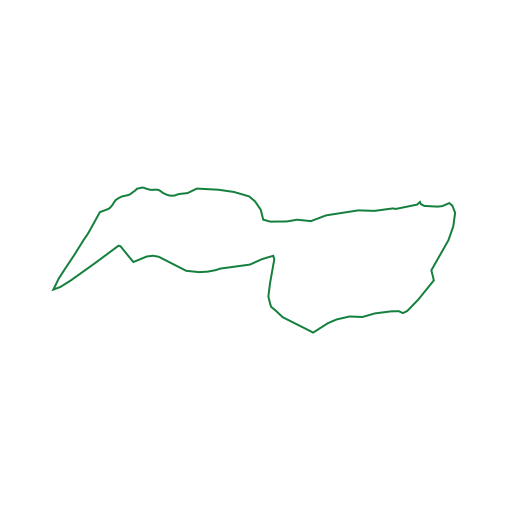 San Cristóbal Totonicapán, Totonicapán, Guatemala, rotated 340°
{"feature_id": "79465075B68551302151771", "entity_name": "San Cristóbal Totonicapán", "entity_type": "district", "adm_level": 2, "iso_a3": "GTM", "parent_name": "Guatemala", "parent_adm1": "Totonicapán", "projection": "orthographic", "projection_center": [-91.486, 14.927], "detail": "fine", "context": "isolated", "style": "outline", "palette": "green", "viewbox_px": 512, "rotation_deg": 340, "n_neighbors": 0, "source": "geoboundaries", "source_scale": "gbopen_adm2", "svg_char_len": 1443}
<svg xmlns="http://www.w3.org/2000/svg" viewBox="0 0 512 512"><g transform="rotate(340 256 256)"><path d="M374.5,359.9L379.3,359.4L393.5,352.5L414.8,339.7L415.9,329.4L442.2,307.0L451.6,295.5L457.9,283.5L457.7,275.7L455.7,272.4L448.0,272.8L443.5,271.7L431.3,266.5L428.7,263.7L428.5,261.3L425.0,262.8L403.5,259.6L400.9,258.1L382.7,254.1L367.7,248.1L335.8,241.8L319.5,242.0L307.1,236.0L296.5,234.0L281.2,228.6L275.2,224.3L276.3,214.2L273.8,204.4L269.9,197.6L257.2,188.3L243.2,180.8L223.4,172.4L213.3,173.5L205.1,171.5L202.6,171.3L201.0,171.4L198.7,171.0L196.7,170.2L194.8,169.2L192.8,167.6L190.2,165.0L188.5,162.4L187.2,160.8L185.4,159.7L183.7,159.1L181.8,158.6L179.5,157.8L177.5,156.3L175.7,155.1L173.9,153.4L172.1,152.7L167.3,152.1L164.7,153.2L159.3,154.8L157.1,155.1L150.3,154.2L146.7,154.6L143.1,155.5L141.0,157.0L138.6,158.9L134.9,161.0L132.3,161.3L124.3,161.4L106.6,176.8L103.6,179.1L99.2,182.2L85.7,192.8L72.9,202.2L63.2,209.5L54.1,218.2L61.5,218.2L73.7,215.6L102.8,207.5L130.3,199.3L132.0,200.5L136.6,213.8L138.7,219.7L144.4,219.5L153.1,219.1L159.2,220.5L164.3,223.4L185.3,246.0L197.0,251.7L205.3,254.2L213.4,255.5L218.0,255.6L247.4,262.0L260.6,261.0L272.3,261.7L272.0,265.5L268.6,271.3L259.7,286.7L253.8,298.2L252.9,306.0L252.9,309.1L256.2,314.7L260.1,322.6L274.8,338.2L283.5,347.5L300.7,343.7L310.0,343.2L323.1,344.8L335.1,349.7L348.0,350.6L363.9,354.2L371.3,356.7L374.5,359.9Z" fill="none" stroke="#15803d" stroke-width="2"/></g></svg>